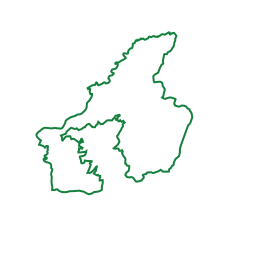 Nghia Dan, Nghệ An, Vietnam, rotated 48°
{"feature_id": "81297802B96353597468260", "entity_name": "Nghia Dan", "entity_type": "district", "adm_level": 2, "iso_a3": "VNM", "parent_name": "Vietnam", "parent_adm1": "Nghệ An", "projection": "equal_earth", "projection_center": [105.406, 19.354], "detail": "fine", "context": "isolated", "style": "outline", "palette": "green", "viewbox_px": 256, "rotation_deg": 48, "n_neighbors": 0, "source": "geoboundaries", "source_scale": "gbopen_adm2", "svg_char_len": 5801}
<svg xmlns="http://www.w3.org/2000/svg" viewBox="0 0 256 256"><g transform="rotate(48 128 128)"><path d="M155.2,69.8L153.2,70.7L150.9,70.4L149.2,71.2L147.2,73.1L146.9,74.5L145.9,76.2L142.9,77.9L141.1,77.5L140.1,76.4L138.5,73.4L137.9,73.4L133.9,75.8L132.8,77.3L131.3,80.7L130.0,81.7L128.2,82.3L128.0,80.6L126.2,78.2L124.5,75.5L123.8,74.7L119.9,74.0L117.5,72.4L116.5,72.5L114.8,73.4L111.7,77.8L111.3,77.8L110.3,77.4L106.8,74.9L106.3,74.0L106.3,71.8L107.1,68.7L104.8,64.3L103.8,61.7L103.4,60.5L103.7,59.5L103.6,58.8L103.4,58.4L101.5,57.2L97.6,52.0L97.5,51.5L99.1,49.7L98.7,48.6L98.4,47.2L99.1,45.7L99.2,44.5L98.7,42.6L98.2,41.4L98.1,40.2L97.6,39.1L96.9,37.9L95.7,36.7L94.6,34.4L93.3,33.2L92.1,30.6L91.6,30.3L88.1,30.2L87.0,31.8L86.7,34.1L86.3,34.2L85.6,33.9L85.0,33.3L84.2,33.6L83.4,38.0L81.5,39.4L81.0,40.3L80.6,43.9L80.5,44.1L80.0,44.2L80.0,45.4L78.9,45.9L78.5,46.7L77.0,47.2L76.4,48.5L76.0,50.0L74.4,50.9L74.2,51.5L74.3,51.9L74.7,52.5L74.7,53.4L73.9,56.1L73.4,56.6L71.8,56.8L71.0,58.5L70.1,58.6L70.2,60.7L70.0,61.2L69.2,61.5L69.5,62.3L69.2,63.1L68.7,63.4L68.3,63.3L68.5,64.5L69.3,66.1L68.9,67.7L68.6,68.0L71.3,71.0L71.3,71.6L70.6,72.7L70.5,73.3L70.6,75.5L71.4,76.9L72.3,77.7L72.5,78.0L72.4,78.5L72.1,79.0L69.8,81.0L69.8,81.7L70.3,82.5L72.2,82.8L74.0,82.5L74.4,82.8L74.5,83.2L74.3,85.1L73.4,88.4L73.1,90.9L72.7,91.5L71.6,92.6L71.3,93.2L71.2,93.8L71.7,94.4L72.0,94.4L72.5,93.5L73.3,92.9L73.8,93.0L74.7,93.9L75.5,96.2L75.7,97.4L74.2,100.1L74.0,100.7L74.1,101.3L74.4,102.1L74.9,102.7L75.7,102.8L77.5,102.0L78.0,102.1L78.3,102.9L78.3,104.2L77.0,106.8L77.1,108.1L78.1,109.5L79.1,109.4L80.4,109.8L81.2,110.6L81.3,111.2L81.0,113.3L79.9,114.7L78.9,114.7L78.2,115.1L77.9,115.8L77.8,117.9L76.5,121.2L75.8,121.5L73.6,120.7L73.0,121.0L73.1,121.8L74.0,123.4L72.4,126.0L71.3,131.3L72.2,131.7L72.6,131.6L73.4,130.3L73.9,130.1L75.6,132.4L77.7,133.3L78.0,133.1L78.3,132.0L78.6,131.9L79.9,133.2L80.8,135.0L81.2,136.7L81.7,137.9L81.9,140.8L82.1,141.7L82.6,142.5L85.2,145.2L85.6,146.0L86.1,147.9L86.2,149.9L86.3,152.3L86.0,153.6L85.6,154.7L84.1,156.7L83.8,157.6L83.9,158.7L81.7,163.2L80.9,168.0L81.0,169.5L82.5,171.8L83.9,176.1L84.0,176.6L83.7,178.2L78.8,182.6L77.2,185.0L72.6,189.2L72.0,190.0L71.4,191.7L71.1,196.7L71.1,198.9L71.7,200.3L72.3,201.0L73.2,201.4L74.3,201.6L77.1,201.4L78.9,201.0L80.9,205.3L84.2,203.2L86.2,202.7L87.0,202.8L86.8,200.6L87.7,199.8L88.3,199.8L89.7,201.9L90.7,202.2L91.5,203.9L93.0,204.5L93.3,206.4L92.8,208.1L93.3,208.1L93.7,209.2L94.6,209.0L95.3,208.5L95.8,208.4L96.2,208.7L96.4,209.1L96.1,209.7L95.8,210.0L95.8,210.7L95.1,210.7L94.8,211.0L94.7,211.6L95.0,211.9L96.3,212.3L97.2,212.2L98.3,211.7L101.7,209.7L103.5,209.6L105.4,210.9L106.4,211.9L107.9,211.8L108.9,212.9L110.1,215.2L110.7,215.9L113.6,217.6L116.2,220.3L118.6,222.2L121.3,223.8L123.2,225.8L125.1,223.9L125.6,222.4L126.0,221.8L126.6,221.5L128.1,221.5L131.4,219.9L132.9,218.5L134.7,216.2L136.1,213.4L137.7,211.7L142.0,206.1L143.0,205.5L145.7,203.5L149.0,202.4L150.7,201.6L151.4,200.9L152.6,198.3L152.8,196.4L153.1,195.7L155.0,193.2L155.5,192.2L156.1,190.8L156.4,188.7L153.7,186.4L153.3,185.5L151.8,183.4L149.8,181.7L148.0,184.2L146.3,182.5L145.9,181.5L145.0,180.7L144.2,181.5L142.9,181.6L142.9,182.4L139.6,183.8L138.8,183.8L138.3,180.4L136.6,178.3L135.8,176.9L135.5,177.1L135.5,177.7L136.3,181.6L136.3,184.4L136.1,186.0L134.3,188.1L132.7,184.7L130.5,180.4L129.8,180.2L129.0,180.3L128.7,180.0L128.7,177.5L128.3,177.2L125.1,180.5L123.3,181.8L124.4,183.6L124.3,184.3L123.8,185.5L123.2,186.0L122.7,186.1L122.4,186.0L120.7,184.7L119.2,183.9L118.3,183.8L117.0,182.9L118.9,179.7L119.3,178.5L119.0,177.0L117.3,174.6L117.1,175.7L114.3,179.7L113.1,181.2L112.7,181.1L112.4,180.9L112.0,179.6L110.4,178.1L112.6,175.9L112.3,175.1L110.0,175.7L108.6,176.4L107.3,174.9L107.0,174.7L107.0,173.7L107.3,172.8L108.2,170.8L107.9,170.7L106.8,171.7L106.5,171.4L106.7,170.0L106.2,169.7L105.4,169.6L104.9,169.8L104.9,170.1L106.0,172.9L106.0,173.7L105.6,174.2L99.8,175.5L99.0,176.5L98.6,177.5L98.2,177.6L95.5,176.4L93.6,178.7L92.8,180.1L93.6,185.0L93.2,185.2L92.8,185.0L91.0,183.4L88.7,182.9L90.2,179.2L90.6,177.9L90.4,177.3L89.9,176.8L89.6,175.3L89.7,170.7L89.9,170.0L92.9,168.4L93.9,166.8L94.0,166.3L96.5,166.1L97.6,163.6L97.8,162.5L98.0,160.0L98.6,159.5L98.1,157.2L98.1,155.9L99.0,154.0L103.3,153.9L104.3,153.1L105.3,152.0L104.6,149.9L104.8,148.1L104.4,147.8L103.5,145.9L106.9,145.7L108.2,144.0L108.3,138.7L109.3,137.2L111.7,134.8L111.3,133.2L111.1,130.5L110.6,129.0L111.5,127.5L112.4,125.6L112.6,125.5L113.1,125.7L113.3,126.1L113.1,126.9L113.2,128.1L113.6,129.1L113.2,131.2L113.6,131.4L114.2,131.2L115.1,130.3L116.6,130.7L117.1,129.9L117.0,128.6L119.2,128.6L119.5,126.7L121.8,126.9L121.6,128.4L121.7,129.3L122.1,130.0L122.9,130.2L123.5,130.8L123.8,132.7L124.7,134.2L125.6,137.8L126.3,139.3L126.6,141.4L128.0,142.3L131.2,142.8L132.1,143.3L132.8,144.2L133.6,147.2L133.5,152.2L134.0,152.1L134.7,151.5L136.2,149.5L136.7,149.1L137.4,149.0L138.7,149.7L139.2,149.6L139.9,148.8L140.6,147.3L142.1,147.8L142.3,149.0L145.0,150.0L147.2,150.3L148.3,150.2L149.6,150.8L152.2,153.6L152.8,153.8L153.2,153.5L155.4,153.9L156.7,152.6L157.3,152.6L158.6,154.0L160.2,156.1L160.3,156.4L160.1,158.3L160.2,159.2L160.9,161.2L161.2,161.4L163.9,161.5L165.6,160.1L166.8,158.3L168.2,157.5L169.0,157.5L172.5,157.9L173.2,157.8L173.8,157.4L175.4,154.5L176.1,152.9L175.7,151.6L175.6,150.0L175.2,149.2L174.5,148.8L173.1,148.7L172.9,148.3L173.3,147.0L174.4,145.4L174.4,145.0L173.9,144.3L174.0,143.4L176.2,140.5L177.9,139.8L178.4,139.4L180.6,134.0L181.0,131.6L183.4,131.3L184.2,130.9L187.7,126.8L186.2,124.9L186.4,123.1L185.6,120.5L186.0,118.9L184.5,117.3L183.1,114.2L182.8,113.0L183.1,109.6L182.9,108.6L181.1,106.1L178.2,103.3L176.0,99.8L166.6,82.2L166.3,81.0L166.2,79.3L165.9,78.2L163.0,73.0L160.0,71.1L158.0,70.5L156.7,70.6L155.2,69.8Z" fill="none" stroke="#15803d" stroke-width="2"/></g></svg>